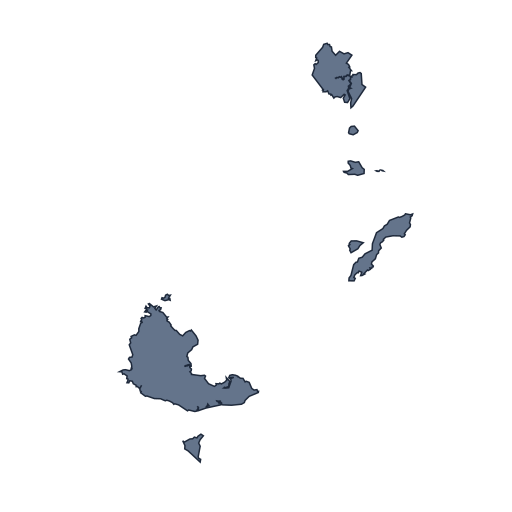 the district of Montijo, Veraguas, Panama, rotated 335°
{"feature_id": "35544464B52455238358598", "entity_name": "Montijo", "entity_type": "district", "adm_level": 2, "iso_a3": "PAN", "parent_name": "Panama", "parent_adm1": "Veraguas", "projection": "orthographic", "projection_center": [-81.451, 7.644], "detail": "fine", "context": "isolated", "style": "filled", "palette": "slate", "viewbox_px": 512, "rotation_deg": 335, "n_neighbors": 0, "source": "geoboundaries", "source_scale": "gbopen_adm2", "svg_char_len": 6139}
<svg xmlns="http://www.w3.org/2000/svg" viewBox="0 0 512 512"><g transform="rotate(335 256 256)"><path d="M141.6,258.8L139.3,254.0L138.2,254.0L138.8,256.5L137.5,257.9L135.4,256.8L135.1,255.0L133.4,256.6L134.6,257.3L134.3,258.1L131.5,259.6L132.8,260.5L134.0,259.4L134.6,259.4L133.8,260.3L136.3,264.1L135.5,265.5L133.6,265.8L130.3,263.2L129.6,264.7L128.0,264.7L126.8,263.5L125.5,264.0L125.8,264.9L123.9,266.5L124.8,266.8L124.7,268.1L123.2,268.1L119.1,272.3L117.9,274.9L113.8,277.2L112.5,276.1L108.8,276.1L108.7,277.6L106.4,278.1L105.7,281.8L103.6,282.9L102.6,293.4L100.9,295.2L98.5,294.4L96.9,295.5L97.7,300.2L96.8,303.5L94.7,306.0L96.6,304.8L95.9,305.8L94.9,306.4L92.8,306.4L89.7,303.9L87.4,303.1L83.5,303.2L85.5,304.3L85.2,306.8L86.6,307.0L88.5,310.3L87.0,312.5L87.9,313.2L87.6,314.4L85.5,316.3L87.1,317.2L88.9,315.7L91.0,317.3L90.8,319.9L92.7,322.4L92.2,323.8L93.3,324.1L94.5,326.9L97.7,324.8L94.5,327.2L94.0,329.5L94.7,330.3L93.7,331.2L96.5,336.4L98.0,336.8L103.7,342.3L109.1,345.0L112.6,348.9L114.2,349.0L116.2,350.8L118.4,353.7L118.8,355.7L119.9,355.6L122.9,358.2L128.5,367.4L129.9,367.1L134.9,371.1L137.8,371.7L137.5,371.0L139.8,368.8L139.3,367.9L139.2,367.4L139.9,368.9L138.6,371.1L137.7,370.9L138.1,371.8L146.6,372.7L147.4,371.4L149.0,371.1L150.0,371.5L149.1,370.5L149.7,369.8L150.1,371.7L148.9,371.5L147.0,372.8L162.0,376.2L161.5,375.4L162.5,374.9L162.1,373.6L160.3,373.9L160.3,373.0L160.9,372.1L159.8,371.9L159.2,371.2L159.2,370.7L161.1,372.0L160.5,373.8L162.1,372.1L162.7,372.0L161.9,372.6L162.7,374.8L161.7,375.5L162.8,376.8L170.8,380.9L180.2,384.2L183.5,383.9L185.0,382.3L190.5,380.3L200.4,380.7L201.1,379.7L200.2,379.4L200.4,377.5L197.6,376.7L196.2,374.3L196.4,367.6L194.2,365.4L192.9,365.5L192.5,361.4L190.2,360.2L189.0,357.9L188.6,358.6L188.7,357.2L187.0,355.4L184.4,353.6L181.8,353.1L179.9,354.8L180.5,356.1L181.6,355.4L184.6,356.6L181.2,356.5L180.6,358.8L175.6,363.9L172.1,362.7L171.0,362.0L172.0,361.9L172.1,361.0L172.1,362.4L176.2,362.7L177.5,360.2L179.3,358.8L177.7,353.6L177.0,356.1L174.3,357.1L170.5,357.3L169.5,355.9L168.3,356.2L165.8,354.8L165.5,356.2L163.2,356.6L159.0,351.7L157.6,345.2L159.5,343.5L158.9,342.3L155.3,341.1L147.5,336.1L147.9,335.3L147.2,333.0L148.7,332.7L149.7,331.2L148.9,329.1L149.6,326.7L148.4,326.5L147.8,326.0L147.3,326.5L146.5,325.8L145.8,326.3L144.5,325.7L146.4,325.6L147.3,326.3L147.7,325.8L149.6,326.1L149.8,328.4L150.7,328.5L151.6,326.0L150.5,321.9L151.5,319.0L150.8,317.9L153.2,315.0L158.1,313.7L160.4,311.7L165.8,311.3L167.9,307.8L167.9,303.1L166.1,295.7L164.9,296.3L164.2,295.5L160.0,295.6L155.8,297.4L153.7,294.7L152.3,289.8L151.1,289.2L150.2,286.7L149.2,283.3L149.9,282.7L149.3,279.1L148.0,277.6L148.1,276.6L149.1,276.3L148.6,275.1L150.4,274.1L149.2,273.7L147.7,267.8L145.1,265.5L145.1,264.3L146.8,264.4L148.1,262.9L147.0,262.3L146.9,260.9L146.0,260.8L142.7,262.7L142.2,260.7L144.6,259.2L141.6,258.8ZM394.0,101.3L394.7,102.2L392.7,104.2L394.5,104.2L395.0,105.0L394.2,107.0L391.4,107.8L390.9,106.7L389.2,107.2L388.3,110.7L383.4,115.7L387.1,132.9L386.5,133.6L387.3,133.8L386.1,135.5L388.9,136.8L390.7,136.6L390.6,140.0L392.2,140.9L391.9,141.9L392.8,141.9L393.3,145.8L394.9,145.2L397.0,145.8L399.7,148.2L404.2,146.7L404.9,147.7L401.8,149.9L401.3,154.1L403.8,155.6L407.6,153.1L408.5,144.6L411.0,143.0L411.5,141.1L414.8,140.2L414.3,136.2L416.3,135.6L417.6,133.2L415.1,130.6L413.7,131.4L411.6,130.6L410.5,133.0L409.5,133.1L408.8,132.3L409.2,129.6L408.0,129.7L407.3,128.8L405.8,129.3L404.7,128.4L403.5,128.9L403.3,128.4L404.8,128.3L405.8,129.2L407.3,128.7L408.0,129.6L409.2,129.5L409.6,133.0L410.5,132.7L411.5,130.4L413.5,131.1L415.2,130.4L417.3,131.8L420.1,127.9L420.8,128.3L419.9,124.3L420.9,124.3L420.8,121.5L419.4,119.4L427.8,114.5L425.3,110.6L421.2,110.0L418.2,105.8L413.0,107.7L411.5,102.6L412.7,98.4L411.7,97.5L412.0,95.4L410.5,94.8L410.4,93.3L406.8,92.8L404.6,95.0L395.0,99.3L394.0,101.3ZM401.5,280.8L392.0,280.2L388.3,282.7L385.1,283.0L382.6,284.8L375.1,285.8L366.7,294.1L363.7,299.8L355.7,300.1L351.8,302.0L348.2,301.5L345.4,304.3L343.9,303.9L340.9,305.1L333.8,313.8L331.1,315.2L329.7,317.7L334.4,320.0L336.5,318.2L335.6,316.8L337.7,314.8L340.9,313.8L341.5,314.4L343.0,313.2L345.0,315.4L342.5,318.0L343.8,318.5L346.8,318.3L346.2,317.7L351.1,315.8L351.5,316.6L354.1,316.4L354.2,315.0L355.7,316.0L356.6,315.1L357.5,315.4L358.1,314.7L357.2,312.1L358.6,310.3L363.0,309.0L365.9,305.7L368.3,305.0L369.3,303.1L372.9,301.7L373.1,297.9L374.5,296.7L376.6,296.5L378.5,295.6L378.5,294.7L381.7,293.7L388.6,295.5L395.1,298.7L396.1,300.6L398.4,300.9L400.2,299.8L399.8,298.6L403.2,296.4L408.0,294.7L409.3,292.7L409.1,290.9L412.3,287.0L412.3,285.9L414.5,285.5L415.7,284.1L413.4,283.9L409.3,280.9L408.1,281.7L405.0,281.9L402.4,281.7L401.5,280.8ZM423.7,134.1L420.5,132.5L420.1,133.4L418.4,133.4L418.4,134.3L417.3,133.9L416.3,136.0L414.7,136.5L415.4,139.9L411.2,143.6L412.4,143.5L412.9,144.1L410.6,143.9L409.0,145.8L409.2,153.7L406.4,157.4L404.7,161.8L407.2,161.1L426.7,149.3L424.5,145.4L428.5,135.1L427.8,133.7L425.7,133.3L423.7,134.1ZM118.7,393.9L112.3,394.4L111.5,392.5L111.5,397.8L109.9,400.7L112.1,403.9L118.3,419.2L119.9,416.9L118.6,415.2L118.7,413.6L125.0,404.8L125.0,401.3L127.7,398.9L132.3,396.7L130.8,394.2L127.3,394.8L125.6,395.9L123.6,394.1L121.4,394.9L118.7,393.9ZM379.6,209.1L378.8,210.7L379.7,213.8L379.2,216.4L380.3,217.5L374.9,218.0L371.1,216.3L371.2,217.4L373.5,219.3L374.1,221.2L380.1,223.7L382.2,225.8L388.8,226.9L390.7,223.2L389.5,220.9L388.9,214.0L385.6,213.1L382.0,209.8L379.6,209.1ZM348.7,282.6L346.0,283.9L345.3,284.9L345.7,285.4L344.1,285.8L344.4,289.5L343.4,290.3L343.5,293.2L351.4,292.5L354.6,290.4L358.8,289.3L353.7,284.9L348.7,282.6ZM400.1,179.9L397.0,178.8L394.8,179.6L392.0,183.4L392.2,184.6L395.3,187.2L399.9,186.9L401.5,185.6L400.1,179.9ZM159.5,253.2L157.5,253.3L156.0,255.0L154.3,255.1L153.2,254.1L152.1,255.2L154.6,258.0L158.5,258.7L159.5,259.8L159.9,258.3L158.8,258.3L158.7,257.4L161.8,255.3L160.2,254.9L159.5,253.2ZM407.4,232.8L407.1,232.1L406.0,231.3L406.3,232.0L407.4,232.8ZM402.1,230.5L401.7,229.8L400.9,229.6L401.5,230.4L402.1,230.5ZM403.9,230.9L402.8,230.8L402.6,231.0L403.2,231.3L403.9,230.9Z" fill="#64748b" stroke="#1e293b" stroke-width="1.5"/></g></svg>